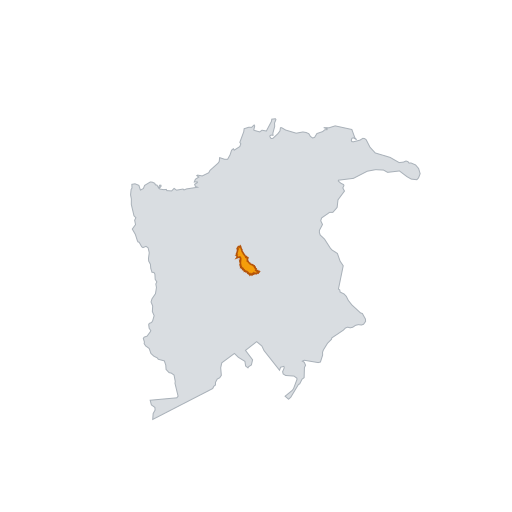 San Martín, Meta, Colombia shown in context, rotated 52°
{"feature_id": "7082276B16396199828486", "entity_name": "San Martín", "entity_type": "district", "adm_level": 2, "iso_a3": "COL", "parent_name": "Colombia", "parent_adm1": "Meta", "projection": "orthographic", "projection_center": [-72.942, 3.525], "detail": "fine", "context": "in_parent", "style": "filled", "palette": "amber", "viewbox_px": 512, "rotation_deg": 52, "n_neighbors": 0, "source": "geoboundaries", "source_scale": "gbopen_adm2", "svg_char_len": 8396}
<svg xmlns="http://www.w3.org/2000/svg" viewBox="0 0 512 512"><g transform="rotate(52 256 256)"><path d="M291.0,86.3L286.4,88.2L277.3,90.6L271.1,100.8L266.8,102.6L261.6,108.6L257.7,116.1L254.8,131.4L247.0,144.4L247.6,145.0L250.7,144.4L253.7,143.0L254.7,143.4L255.8,145.7L259.3,146.3L262.2,156.8L267.6,162.1L268.1,164.2L268.9,168.6L266.9,171.2L266.4,180.9L268.1,183.3L272.1,184.2L274.8,190.2L276.5,191.6L279.0,192.5L284.9,191.6L295.6,192.6L298.1,192.4L304.1,190.3L311.8,192.9L317.4,193.3L332.8,211.4L334.3,210.9L336.2,211.9L340.1,210.0L343.4,209.7L347.8,210.6L353.5,210.6L365.1,208.7L366.8,207.6L373.1,208.6L375.0,209.9L376.0,213.3L375.3,215.4L373.1,217.6L371.9,220.3L371.7,223.6L370.6,226.0L368.5,227.6L367.8,229.9L368.2,232.9L367.2,246.7L368.1,247.8L368.8,253.4L371.5,260.7L372.8,262.8L375.1,264.5L379.2,270.5L378.3,272.6L367.9,282.1L367.4,284.2L369.4,283.4L372.6,284.2L373.7,286.5L381.5,293.0L381.4,295.5L383.7,300.4L383.3,301.5L388.7,315.6L388.9,318.5L384.4,319.4L384.2,310.0L383.6,308.0L378.5,299.7L377.4,299.0L374.0,300.0L368.4,306.2L365.7,307.2L363.6,306.3L361.5,302.6L360.1,302.0L358.8,305.1L360.5,307.8L335.5,307.9L330.6,306.8L323.9,308.2L323.9,322.4L335.7,322.6L339.0,326.7L338.7,330.0L339.2,331.2L336.3,331.9L332.2,329.6L324.9,332.3L319.5,333.0L319.1,348.7L322.3,352.6L328.7,356.8L329.6,359.6L329.1,362.3L330.6,365.7L332.7,367.4L332.7,369.5L333.8,371.7L321.2,438.0L316.8,434.0L315.3,430.4L313.1,428.9L308.9,430.1L304.5,428.2L319.0,405.7L318.5,403.7L306.4,398.2L305.2,396.9L299.4,393.9L296.2,394.8L294.4,396.3L290.0,396.7L286.5,394.3L282.2,392.8L277.2,396.6L275.6,396.5L272.0,398.2L268.1,398.8L263.1,397.1L259.0,398.3L256.2,398.1L255.1,396.9L251.5,395.5L251.1,394.0L252.1,391.2L250.6,385.8L250.0,384.8L247.2,384.7L244.0,382.8L243.4,381.6L244.1,379.3L243.5,377.4L240.3,373.0L236.0,371.9L231.8,368.2L227.6,367.0L225.7,364.3L223.8,358.4L219.5,353.8L216.4,352.2L215.4,350.1L212.3,349.8L208.0,346.8L206.1,346.6L204.8,348.0L200.9,346.5L197.5,344.3L194.0,343.7L191.8,342.3L187.7,338.1L183.2,336.0L180.7,336.7L179.8,339.9L178.3,340.4L173.2,339.6L172.4,340.3L171.0,340.1L164.8,337.8L158.6,336.9L157.1,331.6L153.1,329.6L151.9,327.1L149.2,327.4L138.6,322.5L134.3,319.1L130.6,317.2L126.7,313.5L126.1,311.9L123.1,309.7L124.6,306.9L128.2,304.8L132.9,306.5L133.5,303.2L131.8,300.3L132.6,293.7L133.9,292.3L136.4,291.0L138.0,291.5L139.1,290.4L142.9,290.9L144.1,290.5L147.0,287.8L148.3,285.7L149.6,286.0L152.8,282.4L152.3,278.9L155.2,278.1L158.3,272.3L159.6,272.1L160.4,269.4L165.8,259.8L163.8,260.9L161.7,260.2L162.1,257.0L161.4,256.6L159.7,259.1L158.2,256.5L158.6,252.4L156.2,253.2L156.3,252.2L159.8,249.1L161.3,242.0L160.2,239.5L159.5,228.8L158.9,226.8L156.1,224.1L160.6,221.1L162.3,218.8L160.3,214.1L157.6,210.1L157.5,207.8L159.2,208.0L159.8,201.4L158.3,198.9L156.5,198.8L150.5,189.1L148.4,187.0L150.1,182.4L151.9,180.3L151.6,176.8L152.8,177.0L155.3,180.2L156.4,179.7L160.5,176.7L160.6,173.8L163.9,170.9L159.4,160.9L157.9,159.3L159.8,156.2L160.8,156.3L162.6,159.5L165.4,161.5L169.6,167.1L171.4,168.3L170.0,169.6L169.8,170.9L170.4,171.6L172.7,171.8L173.7,170.3L173.1,163.5L172.2,160.1L170.0,157.8L170.7,156.8L175.0,155.1L184.0,148.7L187.1,142.7L189.5,140.5L192.1,139.1L195.3,139.5L197.9,138.7L198.6,136.8L197.0,132.6L199.0,126.9L198.9,124.0L200.2,122.3L199.7,121.6L196.5,123.6L199.9,119.6L202.2,113.5L215.3,102.6L223.6,105.3L226.3,105.1L222.8,106.5L222.3,108.0L223.5,109.7L224.8,110.1L225.9,109.1L228.7,102.8L229.1,99.3L230.4,98.1L232.2,97.6L240.4,99.2L248.2,98.6L260.9,89.6L270.5,85.7L272.8,82.0L273.5,79.3L275.2,78.2L277.0,78.2L278.1,76.6L282.5,74.2L287.2,74.0L292.2,76.0L294.5,79.8L294.9,82.3L291.0,86.3ZM143.0,289.7L142.5,290.2L141.3,289.3L140.9,288.3L141.6,287.4L142.5,287.7L143.0,289.7Z" fill="#d9dde1" stroke="#a8b0b8" stroke-width="1"/><path d="M239.2,262.3L238.9,262.2L238.5,262.2L238.8,262.7L239.0,263.1L239.0,263.3L238.8,263.3L238.3,263.2L238.1,263.4L238.2,263.6L237.9,263.7L237.7,264.1L238.1,265.1L238.2,265.6L238.3,265.8L238.6,266.4L239.3,265.8L239.5,266.0L239.6,265.9L240.0,267.0L240.4,267.1L240.6,267.3L240.6,267.5L240.8,267.7L240.8,267.9L241.2,268.1L241.4,268.5L241.9,268.9L242.1,269.4L242.0,269.5L242.4,269.9L242.4,270.1L242.7,270.1L242.8,270.3L243.2,270.6L243.2,270.8L243.3,270.7L243.3,270.9L243.5,271.0L244.3,270.9L244.7,271.0L244.9,271.3L245.0,271.6L245.4,271.7L245.6,272.4L245.8,271.7L246.0,271.6L246.0,270.8L246.6,270.3L246.5,270.0L246.6,269.5L247.1,269.2L247.3,269.1L247.6,269.2L247.7,269.4L248.0,269.4L248.2,269.6L248.4,269.6L248.5,269.8L248.6,269.7L248.8,269.7L249.0,270.2L249.2,270.3L249.3,270.3L249.3,270.5L249.8,270.7L249.8,270.8L250.2,271.0L249.9,271.3L250.1,271.3L250.1,271.6L250.4,271.7L250.3,271.9L250.5,272.0L250.4,272.1L250.5,272.2L250.8,272.0L251.0,272.3L251.3,272.3L251.5,272.4L251.7,272.6L251.9,272.6L252.0,272.5L252.4,272.9L252.3,273.0L252.7,273.3L252.7,273.2L252.9,273.2L253.0,273.9L253.3,273.9L253.2,273.8L253.3,273.8L253.5,273.7L253.6,274.0L253.8,274.1L253.9,274.3L254.1,274.1L254.4,274.1L254.5,274.1L254.5,274.3L254.8,274.4L254.8,274.2L255.0,274.2L255.0,274.4L255.1,274.6L255.3,274.8L255.3,274.5L255.5,274.6L255.5,274.4L255.6,274.5L255.8,274.4L255.9,274.5L256.0,274.4L256.5,274.3L256.5,274.5L256.7,274.4L256.9,274.4L257.2,274.3L257.3,274.1L257.6,274.1L257.6,274.3L257.7,274.2L257.9,274.3L258.0,274.2L258.1,274.3L258.1,274.1L258.3,274.2L258.6,274.1L258.5,274.3L258.8,274.3L258.8,274.1L259.2,274.2L259.2,274.4L259.4,274.3L259.4,274.1L259.5,274.1L259.8,274.0L259.8,273.9L260.1,273.9L260.1,274.0L260.3,274.1L260.2,274.2L260.4,274.2L260.4,274.3L260.5,274.3L260.6,274.2L260.9,274.0L260.9,273.9L261.0,273.8L261.1,274.1L261.2,273.9L261.4,273.9L261.4,273.5L261.6,273.4L261.7,273.6L261.9,273.6L262.0,273.8L262.0,273.6L262.2,273.3L262.5,273.5L262.6,273.2L262.7,273.3L262.8,273.2L262.7,273.0L262.8,272.8L263.0,272.9L263.3,272.8L263.6,272.8L263.6,272.6L263.8,272.4L264.0,272.4L264.0,272.6L263.9,272.6L264.0,272.6L264.0,272.8L264.2,273.0L264.3,272.9L264.5,272.8L264.8,272.8L265.0,272.9L265.0,273.0L265.3,272.9L265.2,272.9L265.2,272.7L265.4,272.8L265.6,272.7L265.8,272.7L265.9,272.4L266.2,272.4L266.2,272.2L266.4,272.3L266.3,272.1L266.5,272.1L266.8,272.1L266.9,271.9L267.0,271.9L267.0,271.7L267.4,271.7L267.3,271.4L267.4,271.2L267.5,271.2L267.4,271.1L267.5,271.0L267.4,270.9L267.8,270.9L267.9,270.5L268.1,270.4L267.9,270.4L268.1,270.2L268.3,270.2L268.2,270.0L268.5,270.1L268.4,269.7L268.5,269.8L268.6,269.7L268.6,269.3L268.3,269.2L268.6,269.0L268.8,268.8L268.9,269.0L269.0,268.7L269.0,268.4L268.9,268.2L269.0,268.1L269.0,267.8L268.7,267.7L269.2,267.5L269.3,267.3L269.5,267.3L269.7,267.2L269.7,266.8L269.8,266.5L270.0,266.6L270.1,266.3L269.9,266.2L270.0,266.1L270.3,266.2L270.3,265.9L270.1,265.9L270.1,265.6L270.2,265.2L270.1,264.8L270.5,265.0L270.6,264.8L270.4,264.7L270.7,264.6L270.5,264.4L270.4,264.5L270.3,264.4L270.3,264.1L270.3,263.9L270.5,263.8L270.6,263.6L270.3,263.4L270.3,263.5L270.3,263.4L270.2,263.5L269.9,263.6L269.7,263.6L269.4,263.8L269.4,263.7L269.1,264.0L269.1,263.9L268.9,263.8L268.9,264.0L268.9,263.9L268.6,263.8L268.6,264.0L268.5,264.3L268.2,264.4L268.0,264.6L267.9,264.7L267.7,264.8L267.6,264.7L267.5,264.8L267.5,264.6L267.2,264.6L267.1,264.4L266.8,264.4L266.6,264.2L266.1,264.2L266.0,263.9L265.9,264.0L265.6,264.2L265.4,264.0L265.1,263.9L265.0,264.0L264.7,263.8L264.7,264.0L264.4,264.1L264.3,263.9L264.3,264.0L264.2,264.1L263.8,264.0L263.8,263.8L263.5,263.6L263.3,263.7L263.1,263.6L262.8,263.7L262.7,263.6L262.6,263.8L262.4,263.9L262.0,263.9L261.9,263.8L261.7,263.9L261.6,264.1L261.3,264.0L261.1,264.2L260.8,264.3L260.7,264.2L260.5,264.4L260.4,264.4L260.3,264.6L260.1,264.6L260.1,264.8L259.6,265.1L259.4,265.2L258.9,265.3L258.7,265.5L258.1,265.4L257.7,265.3L257.6,265.5L257.3,265.7L255.5,265.6L255.0,266.0L254.6,266.0L254.6,265.9L254.3,265.7L254.2,265.1L253.8,265.0L253.1,264.9L253.0,264.7L252.8,264.4L252.8,264.2L252.7,264.1L252.7,263.8L252.6,263.5L252.5,263.4L252.3,263.5L252.0,263.5L251.9,263.7L251.7,263.8L251.5,264.1L251.3,264.0L251.2,264.0L251.3,264.1L251.4,264.5L251.2,264.6L251.0,264.8L250.8,264.7L250.6,264.9L250.4,264.8L250.0,264.6L249.4,264.5L248.8,264.5L248.6,264.4L248.3,264.5L248.1,264.4L247.5,264.6L247.1,264.4L246.6,264.5L246.5,264.4L246.4,264.5L246.1,264.4L245.7,264.2L245.6,264.3L245.2,264.2L244.4,264.2L244.2,264.0L243.6,264.1L243.1,263.9L243.0,263.7L242.6,263.5L242.5,263.3L242.0,263.4L241.7,263.2L241.4,263.1L241.2,263.2L240.6,262.9L240.4,262.8L239.3,262.5L239.2,262.3Z" fill="#f59e0b" stroke="#b45309" stroke-width="1.5"/></g></svg>